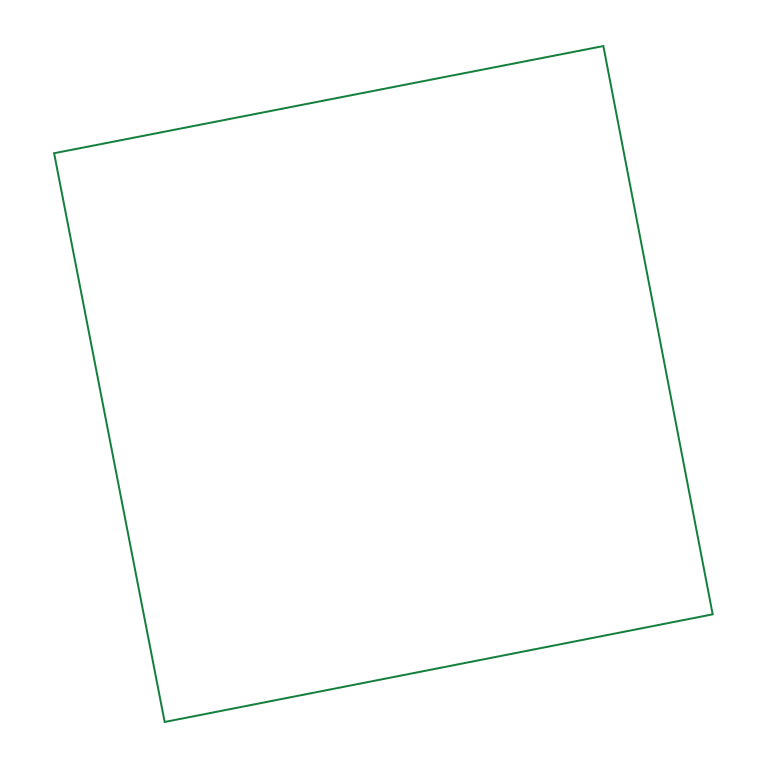 Grant, Kansas, United States of America, rotated 259°
{"feature_id": "52423323B71975870729571", "entity_name": "Grant", "entity_type": "district", "adm_level": 2, "iso_a3": "USA", "parent_name": "United States of America", "parent_adm1": "Kansas", "projection": "robinson", "projection_center": [-101.235, 37.562], "detail": "fine", "context": "isolated", "style": "outline", "palette": "green", "viewbox_px": 768, "rotation_deg": 259, "n_neighbors": 0, "source": "geoboundaries", "source_scale": "gbopen_adm2", "svg_char_len": 236}
<svg xmlns="http://www.w3.org/2000/svg" viewBox="0 0 768 768"><g transform="rotate(259 384 384)"><path d="M673.5,104.2L94.1,104.2L95.2,662.7L673.9,663.8L673.8,500.4L673.5,104.2Z" fill="none" stroke="#15803d" stroke-width="2"/></g></svg>